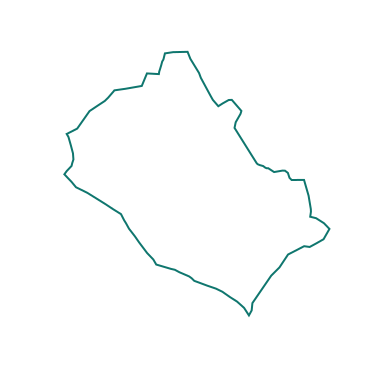 Dutsi, Katsina, Nigeria (Natural Earth projection), rotated 153°
{"feature_id": "59680162B60349541451220", "entity_name": "Dutsi", "entity_type": "district", "adm_level": 2, "iso_a3": "NGA", "parent_name": "Nigeria", "parent_adm1": "Katsina", "projection": "natural_earth1", "projection_center": [8.146, 12.921], "detail": "fine", "context": "isolated", "style": "outline", "palette": "teal", "viewbox_px": 384, "rotation_deg": 153, "n_neighbors": 0, "source": "geoboundaries", "source_scale": "gbopen_adm2", "svg_char_len": 1431}
<svg xmlns="http://www.w3.org/2000/svg" viewBox="0 0 384 384"><g transform="rotate(153 192 192)"><path d="M285.6,238.7L274.7,220.6L270.1,212.5L265.3,204.5L265.3,197.6L265.0,194.2L264.8,187.9L263.0,178.4L262.0,171.1L259.7,158.0L257.1,149.4L256.8,143.6L245.6,133.0L242.6,130.5L239.7,126.3L232.9,118.1L231.5,115.4L230.3,111.8L226.6,107.8L221.0,101.7L214.5,95.0L210.2,89.3L208.3,85.7L205.8,81.0L201.6,73.9L198.2,65.1L197.3,56.2L192.6,59.4L188.6,65.6L159.4,81.5L148.3,85.1L134.8,92.7L116.7,92.8L112.1,89.6L104.3,89.8L96.2,90.2L86.3,96.7L88.6,104.3L93.3,112.3L97.9,116.3L95.0,120.4L93.9,122.8L89.8,135.8L86.7,151.9L91.7,154.4L97.8,157.5L98.7,160.4L97.9,165.5L99.5,168.8L101.7,170.0L109.8,172.5L113.3,178.6L114.6,179.2L115.6,180.3L116.8,182.8L118.2,184.1L119.5,185.3L120.9,187.0L121.3,188.3L122.1,197.1L125.0,229.8L121.4,234.3L113.3,239.6L111.2,241.8L114.7,256.0L116.0,256.6L117.5,257.3L124.5,257.0L129.6,256.5L131.6,264.6L131.8,269.3L132.3,289.7L131.7,294.8L133.0,311.4L132.3,318.9L145.4,325.2L153.2,327.8L157.0,323.4L157.5,322.9L159.3,321.8L161.9,318.9L164.4,316.3L166.5,314.2L168.0,312.1L178.3,318.1L188.6,309.3L204.5,314.2L215.0,317.8L217.0,316.9L218.3,316.4L223.9,314.1L228.4,312.7L236.5,311.8L246.6,310.6L265.5,300.6L277.3,300.6L277.1,297.1L278.8,288.4L280.5,280.5L282.9,274.8L285.6,272.1L287.5,269.9L294.2,267.5L297.7,265.7L295.9,259.6L294.8,256.0L293.2,248.9L285.6,238.7Z" fill="none" stroke="#0f766e" stroke-width="2"/></g></svg>